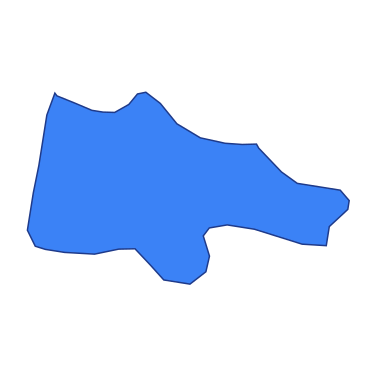 SVG path tracing the border of Glasgow, rotated 9°
{"feature_id": "GBR-2004", "entity_name": "Glasgow", "entity_type": "Unitary District (city)", "adm_level": 1, "iso_a3": "GBR", "parent_name": "United Kingdom", "parent_adm1": "", "projection": "robinson", "projection_center": [-4.241, 55.85], "detail": "fine", "context": "isolated", "style": "filled", "palette": "blue", "viewbox_px": 384, "rotation_deg": 9, "n_neighbors": 0, "source": "natural_earth", "source_scale": "10m", "svg_char_len": 752}
<svg xmlns="http://www.w3.org/2000/svg" viewBox="0 0 384 384"><g transform="rotate(9 192 192)"><path d="M36.6,172.9L36.6,166.4L36.6,138.7L41.1,115.8L43.6,118.2L63.1,122.7L80.3,127.0L91.7,127.0L103.2,125.5L115.9,115.4L122.8,103.7L130.8,100.7L146.9,109.5L166.4,127.0L191.7,137.2L217.0,138.7L234.2,137.2L248.2,134.6L251.1,138.3L277.2,158.2L294.6,167.0L319.0,167.0L338.1,167.0L348.6,175.9L348.6,184.8L333.0,204.7L333.0,224.0L308.9,226.3L259.5,219.0L231.9,219.0L214.7,224.8L210.0,233.6L219.3,252.6L218.2,268.6L204.4,283.3L177.9,283.3L165.3,273.1L162.6,270.9L144.6,257.0L128.5,259.9L105.5,268.6L75.6,271.6L56.1,271.6L45.7,270.1L35.4,255.5L35.4,235.2L35.4,233.6L35.4,217.6L36.6,189.8L36.6,172.9Z" fill="#3b82f6" stroke="#1e3a8a" stroke-width="1.5"/></g></svg>